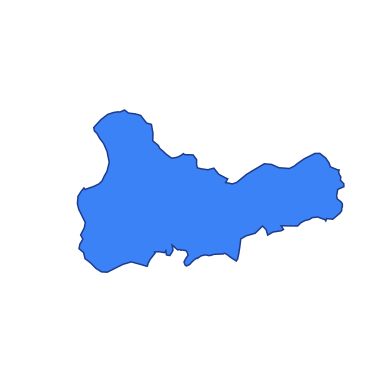 Dalaba, Dalaba, Guinea (orthographic projection), rotated 228°
{"feature_id": "49546643B54901917722686", "entity_name": "Dalaba", "entity_type": "district", "adm_level": 2, "iso_a3": "GIN", "parent_name": "Guinea", "parent_adm1": "Dalaba", "projection": "orthographic", "projection_center": [-12.176, 10.89], "detail": "fine", "context": "isolated", "style": "filled", "palette": "blue", "viewbox_px": 384, "rotation_deg": 228, "n_neighbors": 0, "source": "geoboundaries", "source_scale": "gbopen_adm2", "svg_char_len": 2336}
<svg xmlns="http://www.w3.org/2000/svg" viewBox="0 0 384 384"><g transform="rotate(228 192 192)"><path d="M225.5,70.1L219.6,70.9L214.0,67.9L210.1,68.7L207.1,69.2L199.5,69.5L193.2,71.3L189.1,75.4L186.7,84.2L184.4,92.4L180.7,100.1L177.6,102.1L172.2,105.6L166.9,108.8L166.8,109.2L168.4,111.7L170.0,116.1L171.3,123.7L172.5,124.1L169.5,127.7L165.3,131.0L165.4,131.7L165.8,133.2L162.3,130.9L159.6,133.0L160.2,135.4L161.4,138.9L165.8,141.7L158.6,142.6L157.4,144.5L156.1,144.8L155.1,146.3L153.5,147.4L152.5,148.3L150.4,148.1L147.8,146.9L147.2,145.1L146.7,142.7L146.1,141.3L145.4,139.3L143.5,138.4L142.0,138.0L140.8,138.3L139.7,141.6L140.1,145.7L140.1,148.4L139.8,150.5L139.7,151.1L139.4,151.7L139.2,150.9L138.4,156.2L136.2,160.0L133.4,162.0L132.4,163.5L130.8,166.9L125.1,173.7L124.9,175.0L122.9,176.0L117.1,177.1L111.1,178.7L111.6,180.9L114.6,185.1L118.9,190.4L124.5,196.9L123.2,202.9L119.1,211.3L119.5,221.6L114.4,221.9L109.3,219.4L108.0,225.5L103.5,232.4L102.9,234.9L107.2,235.7L96.1,247.7L96.3,252.5L95.1,257.1L93.1,260.7L92.5,264.2L89.3,268.7L85.0,270.9L81.8,272.6L81.6,272.2L81.0,272.1L82.1,274.3L77.6,278.4L77.3,287.7L77.9,290.6L79.5,292.1L80.5,294.0L82.6,295.8L84.7,296.2L89.8,295.3L92.4,296.9L96.4,302.0L94.3,308.4L96.5,310.3L101.4,310.2L103.8,312.8L106.7,313.2L109.3,314.8L109.8,316.1L111.5,314.8L118.1,311.7L122.0,313.3L127.9,314.1L135.2,312.8L138.4,309.2L141.6,297.5L142.6,289.6L142.8,285.4L144.3,280.1L151.9,272.8L159.2,269.6L164.6,264.6L167.3,251.3L168.6,244.3L169.2,231.6L171.1,227.3L173.3,225.8L176.5,223.3L177.9,227.4L178.9,226.8L187.3,223.7L195.1,224.2L197.9,218.7L202.8,214.6L206.2,212.2L208.9,213.4L213.0,217.1L217.5,217.5L218.9,217.6L224.6,211.6L226.3,211.3L226.5,208.8L226.5,208.5L227.4,205.0L228.6,202.7L230.8,199.5L237.3,198.1L240.0,197.9L246.2,197.2L249.0,198.1L256.4,197.1L261.5,202.1L269.4,207.1L273.6,204.4L278.6,204.7L283.2,205.1L287.9,202.2L293.2,197.6L298.1,196.7L299.6,192.1L301.2,190.5L303.6,186.9L306.1,181.2L306.7,173.0L305.7,162.2L302.8,160.4L298.7,160.5L293.7,159.3L287.3,158.8L279.1,156.1L269.9,150.6L269.0,149.7L264.2,142.6L262.6,137.7L260.4,132.6L260.3,128.1L262.0,122.4L265.3,114.7L265.3,114.2L267.3,114.4L266.8,110.7L265.1,104.4L260.0,99.0L254.7,96.2L241.8,92.6L240.5,92.1L237.4,87.9L235.8,83.7L234.6,80.5L230.1,79.4L228.2,73.7L225.5,70.1Z" fill="#3b82f6" stroke="#1e3a8a" stroke-width="1.5"/></g></svg>